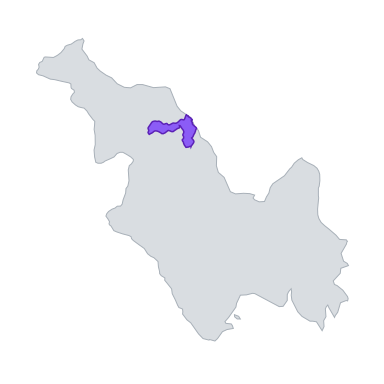 Tanchon City, Hamgyŏng-namdo, North Korea (highlighted), rotated 273°
{"feature_id": "82179303B77244062124892", "entity_name": "Tanchon City", "entity_type": "district", "adm_level": 2, "iso_a3": "PRK", "parent_name": "North Korea", "parent_adm1": "Hamgyŏng-namdo", "projection": "mercator", "projection_center": [128.863, 40.784], "detail": "fine", "context": "in_parent", "style": "filled", "palette": "violet", "viewbox_px": 384, "rotation_deg": 273, "n_neighbors": 0, "source": "geoboundaries", "source_scale": "gbopen_adm2", "svg_char_len": 5712}
<svg xmlns="http://www.w3.org/2000/svg" viewBox="0 0 384 384"><g transform="rotate(273 192 192)"><path d="M231.9,299.9L230.3,300.8L227.5,305.8L224.8,312.2L222.3,315.6L219.4,317.5L216.3,318.6L210.0,319.1L204.4,318.7L202.6,318.0L194.9,318.4L192.7,318.8L181.6,318.3L175.8,318.8L172.1,320.1L168.3,322.6L165.1,326.5L162.2,330.6L156.4,338.1L152.4,341.8L152.3,347.0L152.3,348.6L150.8,349.8L150.3,349.3L148.0,348.9L138.5,344.1L130.8,347.0L128.8,350.8L126.7,352.1L123.6,344.6L118.6,344.3L110.6,337.7L107.1,339.1L106.2,341.7L101.8,347.8L95.7,352.8L93.7,353.5L91.4,353.1L91.7,351.7L89.2,346.1L79.5,343.8L76.0,341.5L74.2,340.9L83.7,334.7L86.2,333.5L84.4,332.1L82.3,331.3L74.5,332.3L70.4,330.2L64.5,330.9L60.3,329.2L68.9,323.1L69.3,319.4L69.2,316.6L73.5,308.4L77.9,303.9L89.2,297.4L94.1,296.5L97.6,296.7L100.6,296.1L97.5,293.7L94.5,292.5L88.7,292.8L82.6,289.0L82.1,285.1L93.8,260.1L94.0,257.8L92.1,251.7L91.5,245.7L83.1,242.3L79.4,241.9L68.6,235.1L64.3,231.7L62.6,232.7L62.3,238.1L60.7,239.3L57.9,240.4L56.5,234.2L54.1,229.7L47.0,225.2L44.4,222.7L45.6,217.3L45.0,216.8L46.2,210.7L50.6,206.0L61.3,197.6L64.1,193.6L69.6,189.0L72.0,189.1L74.6,188.7L75.4,186.6L75.9,185.0L78.1,183.6L83.4,181.0L89.4,177.6L94.2,176.7L100.0,171.6L102.4,169.4L104.8,169.4L105.4,168.3L106.8,165.7L108.7,164.0L111.2,163.7L115.5,162.4L120.8,161.7L124.4,157.4L125.6,154.3L128.0,150.9L133.1,147.3L136.6,141.8L140.5,135.9L142.3,134.0L144.1,133.6L145.2,131.4L146.5,125.1L148.2,118.9L149.3,116.0L153.8,112.9L154.9,111.3L155.9,110.8L158.0,111.2L160.8,109.4L163.4,107.3L165.8,108.0L168.2,109.7L170.7,113.1L171.9,115.9L173.9,118.1L174.2,121.4L176.2,122.9L180.5,123.6L187.5,125.8L192.0,125.9L194.5,127.6L199.9,128.5L210.7,127.2L215.1,128.0L216.9,130.0L219.6,131.7L221.4,131.8L223.8,129.0L226.3,124.4L228.0,120.9L227.9,118.1L226.5,115.1L222.9,112.3L220.6,108.0L218.4,103.6L217.1,102.1L216.0,99.9L215.8,96.6L216.6,94.4L221.9,92.9L228.8,92.0L234.3,92.9L243.6,92.3L249.3,91.0L253.6,91.2L257.5,91.2L259.2,89.3L264.6,84.7L267.2,83.0L270.1,79.9L270.6,76.6L271.2,73.9L272.8,71.1L275.6,67.6L278.1,66.0L280.7,66.2L283.6,67.8L285.4,69.4L287.5,68.9L289.1,66.2L290.3,65.7L293.5,65.4L294.5,63.7L295.8,55.6L297.0,49.1L297.3,44.6L300.2,37.2L301.1,32.6L302.8,30.5L304.9,30.7L306.5,32.0L308.6,32.8L311.4,32.1L313.4,33.2L314.6,35.6L318.8,37.3L319.2,38.5L319.1,46.6L321.4,50.4L324.4,53.9L328.6,57.0L330.8,57.7L332.1,59.9L333.4,63.7L336.4,67.5L337.9,70.2L338.2,73.0L339.6,74.6L337.2,76.3L334.1,75.3L328.9,74.6L322.2,80.2L318.6,82.1L316.0,87.5L310.8,90.7L307.9,94.1L304.2,100.1L301.8,105.8L296.2,111.6L293.0,118.9L292.8,125.2L296.4,131.5L296.7,137.0L294.2,148.1L295.6,160.0L294.0,164.6L276.9,172.6L272.4,176.6L266.1,187.1L258.5,190.9L253.7,195.2L247.1,197.7L242.9,205.0L238.3,209.1L232.7,211.6L228.6,214.8L219.4,215.0L212.9,217.3L208.3,223.3L194.3,230.3L192.4,235.5L193.4,243.5L193.4,249.7L192.2,254.7L189.2,253.3L187.5,254.9L185.7,259.6L186.3,264.9L191.0,266.6L194.9,268.8L200.4,269.9L204.5,272.3L213.1,283.5L220.2,288.4L222.0,290.2L226.1,292.6L229.8,296.5L231.9,299.9ZM70.3,245.1L67.7,246.9L67.6,243.8L69.6,241.1L71.7,240.8L70.3,245.1Z" fill="#d9dde1" stroke="#a8b0b8" stroke-width="1"/><path d="M239.7,181.3L238.9,181.7L238.5,181.9L237.8,182.4L237.1,183.1L236.3,183.6L236.3,183.9L236.4,184.6L236.6,185.3L236.7,186.1L237.3,187.2L237.5,188.5L237.1,188.6L238.3,189.0L239.3,189.9L240.1,190.3L241.0,190.9L242.2,191.3L243.1,191.1L244.0,190.5L244.8,189.8L245.3,189.3L245.9,188.8L246.5,189.4L247.2,190.0L248.0,190.3L249.4,190.8L250.4,191.3L251.0,191.7L251.9,191.9L252.7,192.2L253.9,192.4L254.5,192.6L255.1,192.9L255.5,193.1L255.9,193.2L256.6,192.7L258.2,190.6L258.4,190.4L258.9,190.0L259.1,189.5L259.5,189.2L260.0,188.8L260.5,188.8L260.8,188.9L261.1,188.7L261.4,188.7L261.7,188.5L262.2,188.0L263.0,187.6L263.3,187.6L263.5,187.7L263.8,188.4L264.0,188.4L264.1,188.1L264.3,187.9L264.6,188.1L264.8,187.6L265.8,186.9L266.3,186.0L266.4,185.7L266.6,185.2L266.9,185.0L267.1,184.4L267.3,184.2L267.7,184.3L267.9,184.0L267.8,183.9L268.1,183.6L268.3,182.8L268.4,182.6L268.8,182.4L268.6,182.1L267.4,181.7L265.2,181.0L264.0,180.5L263.7,180.2L263.6,179.7L263.7,179.1L263.9,178.2L263.9,177.8L263.9,177.5L263.7,176.9L263.5,176.6L262.6,175.8L261.2,174.5L260.4,173.5L260.2,173.2L260.0,172.9L259.8,172.0L259.8,171.3L259.9,169.7L259.8,169.3L259.3,168.4L258.5,167.1L258.3,166.8L258.1,166.5L257.9,165.9L257.8,165.3L258.0,164.7L258.1,164.4L258.3,164.1L258.9,163.6L259.1,163.3L259.1,163.0L259.1,162.7L258.2,160.5L258.2,160.2L258.3,159.9L258.6,159.3L259.0,158.7L259.8,157.9L260.1,157.5L260.2,157.3L260.4,157.0L260.8,156.0L261.0,155.6L261.0,155.4L261.0,155.0L261.0,154.7L260.7,154.0L260.7,153.4L260.7,153.1L260.9,151.9L260.9,151.2L260.7,150.3L260.5,149.7L260.3,149.1L260.1,148.8L259.5,148.2L255.2,145.6L254.9,145.4L254.0,144.9L253.7,144.8L253.4,144.8L253.1,144.8L252.4,145.1L252.1,145.2L251.8,145.4L251.5,145.5L251.2,145.5L250.6,145.5L250.3,145.4L249.4,145.0L249.1,145.0L248.8,145.1L248.5,145.3L247.8,145.8L247.3,146.3L247.7,147.0L248.2,147.5L248.6,148.6L249.2,149.4L249.8,150.1L250.5,150.8L250.8,151.3L251.1,152.0L251.1,153.1L250.9,154.4L250.4,155.8L249.8,157.0L249.5,157.7L248.8,158.5L248.7,159.4L248.8,160.4L249.1,160.9L249.7,162.1L250.4,162.8L250.9,163.5L251.3,163.9L251.9,164.4L252.2,165.1L252.0,165.9L251.9,167.0L251.5,167.6L251.2,168.8L251.3,169.7L251.6,170.5L252.5,171.2L253.1,172.3L254.0,173.3L254.9,174.8L255.3,175.9L256.1,176.2L256.5,176.2L257.0,176.2L257.7,175.9L257.6,176.6L257.0,177.1L256.3,177.6L255.9,177.8L255.3,178.3L254.5,178.9L253.6,179.8L252.0,180.6L251.1,180.6L250.6,180.6L250.0,180.3L249.1,179.9L248.2,179.9L247.1,180.6L246.2,180.8L245.0,180.7L244.6,180.4L244.0,179.7L243.4,179.5L242.4,179.9L241.5,180.7L239.8,181.2L239.7,181.3Z" fill="#8b5cf6" stroke="#5b21b6" stroke-width="1.5"/></g></svg>